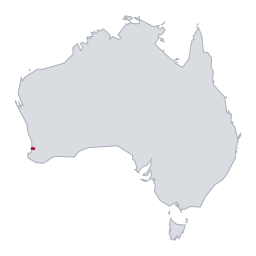 Waroona, Western Australia, Australia (highlighted)
{"feature_id": "25037944B30802850607008", "entity_name": "Waroona", "entity_type": "district", "adm_level": 2, "iso_a3": "AUS", "parent_name": "Australia", "parent_adm1": "Western Australia", "projection": "orthographic", "projection_center": [115.907, -32.849], "detail": "fine", "context": "in_parent", "style": "filled", "palette": "rose", "viewbox_px": 256, "rotation_deg": 0, "n_neighbors": 0, "source": "geoboundaries", "source_scale": "gbopen_adm2", "svg_char_len": 4008}
<svg xmlns="http://www.w3.org/2000/svg" viewBox="0 0 256 256"><path d="M201.9,36.4L203.5,52.0L207.6,52.4L211.6,58.1L211.1,67.4L213.3,71.3L212.6,80.0L213.7,85.0L224.7,97.3L226.7,112.5L227.9,113.6L228.7,111.3L230.8,114.7L231.4,113.7L230.9,120.9L232.0,123.5L234.8,126.9L238.1,141.0L235.7,148.5L235.2,158.6L226.6,174.5L222.4,179.9L214.8,184.9L205.1,197.1L200.2,207.1L190.3,206.5L184.3,209.5L181.3,209.0L181.3,211.9L178.1,206.7L179.0,206.0L179.0,205.0L178.2,204.7L176.2,205.9L175.4,204.5L177.7,203.5L177.1,202.0L169.1,206.0L160.2,200.5L154.4,191.5L155.5,185.8L153.0,179.9L154.5,180.4L154.9,178.9L149.1,179.2L151.6,175.8L150.7,169.8L147.3,175.7L143.1,175.4L144.2,173.5L146.1,173.8L150.7,165.9L151.3,159.2L147.1,165.4L142.4,167.1L138.9,170.7L138.9,172.8L137.3,172.2L135.1,169.4L136.7,169.7L136.3,165.5L134.6,160.4L132.5,159.4L132.8,155.4L117.4,145.8L88.3,147.6L78.8,151.5L74.3,157.1L54.4,156.4L43.5,163.2L36.2,162.7L28.0,157.9L27.9,153.0L29.9,153.8L31.7,150.9L31.8,141.0L28.2,133.6L26.9,124.3L16.9,105.1L20.7,107.1L18.4,101.2L20.0,104.7L22.9,105.6L18.0,93.6L21.4,77.0L22.2,80.9L25.6,76.6L37.8,69.0L42.1,69.5L64.4,63.0L73.1,54.0L72.8,47.7L77.4,43.6L80.8,50.7L82.9,47.0L80.6,44.2L81.4,42.5L88.6,44.2L86.4,43.4L88.0,40.8L86.8,38.4L90.7,38.4L89.4,36.5L92.7,36.5L91.7,33.9L94.6,31.3L94.7,33.0L97.0,33.0L97.4,29.8L100.6,31.3L102.8,28.9L106.1,31.1L110.5,36.1L109.5,39.6L112.9,36.5L119.3,39.6L120.7,37.8L118.0,34.7L126.4,23.7L127.9,24.7L130.7,22.0L131.5,23.5L139.5,23.8L139.4,20.8L134.3,17.9L135.2,17.3L153.6,26.7L159.2,25.5L157.7,27.6L159.9,29.3L162.9,27.0L165.1,29.9L161.8,34.7L158.5,34.5L158.3,38.5L154.8,44.0L170.1,58.6L174.4,60.7L175.5,63.7L182.5,67.3L188.9,58.9L190.9,45.0L192.3,40.0L194.2,39.2L193.1,36.5L198.5,27.7L201.9,36.4ZM170.7,219.1L176.6,224.3L185.3,225.1L182.7,233.6L182.7,231.9L181.2,233.4L178.9,238.8L177.0,235.7L173.4,240.1L170.1,238.6L171.3,237.4L169.2,234.1L169.5,229.4L170.6,230.6L169.4,223.7L170.7,219.1ZM125.4,15.9L130.9,16.7L132.5,18.4L128.7,20.9L125.4,15.9ZM140.5,179.2L148.4,180.7L144.8,181.4L140.5,179.2ZM163.0,38.6L163.8,41.8L160.5,40.6L161.2,38.6L163.0,38.6ZM238.1,139.5L238.8,135.9L240.6,133.5L240.5,135.7L238.1,139.5ZM185.6,218.3L187.6,219.8L187.3,221.0L185.6,218.3ZM124.8,16.7L126.5,19.9L123.0,19.2L124.8,16.7ZM169.6,213.9L168.4,213.2L169.7,211.4L169.6,213.9ZM178.7,59.3L177.1,59.8L175.4,59.9L176.4,58.4L178.7,59.3ZM16.8,104.2L15.5,102.5L15.4,100.9L15.6,100.8L16.8,104.2ZM186.4,222.0L187.0,223.1L185.5,221.8L186.4,222.0ZM231.8,121.7L232.8,122.1L232.4,123.6L231.8,121.7ZM213.0,80.0L214.1,81.3L213.8,81.8L213.0,80.0ZM175.8,238.6L175.4,240.0L174.7,239.3L175.8,238.6ZM236.8,150.4L236.3,152.4L236.2,152.3L236.8,150.4ZM139.3,17.9L138.5,16.9L139.1,16.6L139.3,17.9ZM164.4,22.6L163.0,23.9L164.8,21.6L164.4,22.6ZM237.6,148.2L236.9,148.6L237.4,148.1L237.6,148.2ZM163.9,50.5L163.2,50.7L163.6,50.0L163.9,50.5ZM160.3,38.0L159.4,37.9L160.0,37.1L160.3,38.0ZM30.0,69.1L29.7,70.4L29.3,70.3L30.0,69.1ZM197.0,26.6L196.9,27.7L196.6,26.8L197.0,26.6ZM178.1,205.2L178.0,205.9L177.8,205.6L178.1,205.2ZM162.7,24.2L160.8,24.9L162.7,24.0L162.7,24.2ZM91.9,32.4L91.1,33.1L91.6,32.3L91.9,32.4ZM176.6,237.8L176.1,237.9L176.6,237.5L176.6,237.8ZM177.5,62.7L176.6,62.5L177.2,62.0L177.5,62.7ZM87.9,37.6L87.4,38.0L87.4,37.0L87.9,37.6ZM180.9,236.0L180.2,236.2L180.7,235.5L180.9,236.0ZM197.9,24.1L197.7,24.7L197.2,24.3L197.9,24.1ZM177.4,206.0L177.8,206.8L176.9,206.3L177.4,206.0ZM226.2,97.8L225.7,97.6L226.0,96.9L226.2,97.8ZM228.3,111.1L228.0,111.0L228.3,110.4L228.3,111.1ZM171.3,218.2L171.0,218.7L171.1,218.0L171.3,218.2Z" fill="#d9dde1" stroke="#a8b0b8" stroke-width="1"/><path d="M34.4,149.2L34.4,148.2L34.1,148.2L33.9,148.1L33.7,148.0L33.4,148.0L33.2,148.1L32.9,148.2L32.7,148.2L32.7,148.3L32.4,148.3L32.4,148.2L32.3,148.3L32.2,148.3L32.1,148.2L31.9,148.3L31.9,148.2L31.6,148.2L31.6,148.3L31.4,148.3L31.4,148.5L31.5,148.7L31.5,148.8L31.5,149.0L31.8,149.2L32.1,149.1L32.4,149.2L32.5,149.1L32.8,149.2L33.0,149.2L33.4,149.2L33.6,149.2L34.2,149.2L34.3,149.2L34.4,149.2Z" fill="#f43f5e" stroke="#9f1239" stroke-width="1.5"/></svg>